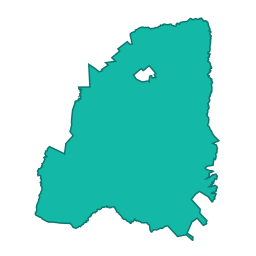 Chegutu, Mashonaland West, Zimbabwe, rotated 91°
{"feature_id": "62879985B20095614329171", "entity_name": "Chegutu", "entity_type": "district", "adm_level": 2, "iso_a3": "ZWE", "parent_name": "Zimbabwe", "parent_adm1": "Mashonaland West", "projection": "albers", "projection_center": [30.348, -18.189], "detail": "fine", "context": "isolated", "style": "filled", "palette": "teal", "viewbox_px": 256, "rotation_deg": 91, "n_neighbors": 0, "source": "geoboundaries", "source_scale": "gbopen_adm2", "svg_char_len": 5719}
<svg xmlns="http://www.w3.org/2000/svg" viewBox="0 0 256 256"><g transform="rotate(91 128 128)"><path d="M200.4,42.8L200.0,41.9L198.5,41.6L197.5,40.0L196.2,40.1L195.8,40.7L195.2,39.8L192.3,38.8L191.7,41.2L192.2,42.8L192.0,44.1L191.7,42.9L190.6,41.4L190.5,39.8L190.0,39.0L187.8,38.4L187.4,38.7L186.2,37.8L185.2,37.9L183.9,39.8L183.9,40.7L185.2,44.1L185.3,45.6L184.1,44.0L183.4,44.1L183.1,43.1L182.2,42.2L181.5,43.2L180.7,42.5L181.1,41.4L180.2,41.5L179.2,40.7L177.4,40.4L177.2,40.0L177.6,38.6L176.4,38.2L175.7,38.4L174.7,37.8L172.7,39.2L172.6,40.1L173.2,41.0L173.3,42.7L175.7,45.3L177.2,47.9L177.3,48.8L176.3,47.4L174.8,46.0L172.8,45.9L172.1,46.3L171.4,45.8L170.3,42.5L169.8,42.0L169.3,43.0L169.1,45.8L168.1,48.7L167.2,50.0L166.5,50.1L164.7,48.0L163.8,42.3L157.2,41.6L158.0,40.1L157.1,39.7L154.7,39.4L152.2,40.0L151.8,39.3L150.5,38.5L148.8,38.8L147.8,38.7L147.2,38.2L143.6,39.3L141.8,43.1L139.2,36.9L135.0,41.3L132.4,43.3L129.3,44.8L128.1,45.8L125.6,46.7L123.8,48.5L121.1,47.6L117.7,47.3L116.2,47.7L114.2,49.4L113.0,48.9L112.6,49.5L111.3,48.6L110.4,48.4L108.8,48.8L107.7,47.8L106.1,47.2L105.6,47.4L105.2,48.2L103.8,47.7L102.5,48.7L99.7,46.9L98.2,46.9L96.4,47.5L95.8,47.3L95.4,46.6L93.7,46.3L93.2,46.5L92.0,45.6L90.3,45.5L90.3,44.9L86.1,44.8L82.6,45.5L81.8,44.6L80.8,44.3L79.7,44.8L79.3,45.5L78.6,45.1L77.6,45.1L77.4,45.9L76.0,47.4L75.3,47.7L75.2,48.3L74.3,47.9L74.0,48.9L73.1,49.5L72.7,49.2L72.0,48.1L71.1,48.1L70.5,46.7L69.3,46.3L69.3,46.8L67.6,47.2L66.9,45.5L66.5,45.4L66.1,46.1L65.0,46.0L62.9,46.9L62.1,46.8L60.5,48.0L60.5,48.9L59.7,49.4L58.5,48.6L56.0,49.2L55.6,48.6L55.5,47.8L54.0,48.1L53.2,47.3L52.4,47.4L52.1,47.9L52.4,49.0L51.5,48.9L51.1,49.4L49.7,47.5L47.1,47.3L46.5,47.7L45.9,47.4L45.0,47.6L42.0,46.9L41.0,47.1L39.3,46.9L38.1,47.2L37.3,46.5L35.7,47.1L34.7,46.3L33.6,47.4L32.4,48.0L31.6,47.7L31.1,46.9L30.3,46.8L29.5,47.5L29.4,48.6L28.5,47.8L27.7,47.8L23.9,49.4L21.4,49.9L19.9,51.2L19.9,51.9L19.5,52.1L19.4,52.7L19.9,53.6L19.6,54.8L18.4,55.0L17.8,56.0L17.1,56.1L16.9,56.5L17.2,58.1L17.6,57.9L18.0,58.4L18.1,60.6L17.4,62.1L18.6,65.1L18.5,65.6L17.7,66.4L17.4,67.7L20.3,70.5L21.4,77.0L21.8,77.7L23.4,78.4L22.6,79.5L22.5,80.7L23.4,81.6L23.8,81.0L24.9,81.7L25.5,82.6L24.8,85.0L24.1,86.5L23.5,86.6L23.3,86.9L24.1,90.1L23.9,91.9L23.4,93.6L24.0,94.8L24.6,94.8L24.5,95.3L24.9,95.9L24.5,97.1L25.6,97.6L25.7,98.6L27.2,100.6L27.1,102.1L28.1,104.5L28.1,106.3L28.5,107.2L27.1,109.1L27.0,110.3L27.3,110.8L27.0,112.2L27.4,113.5L26.9,114.7L27.0,116.6L27.7,117.7L27.8,118.4L29.2,120.5L29.9,122.2L31.4,122.7L32.5,125.6L33.5,127.2L35.0,127.4L43.9,125.2L44.4,127.5L41.7,130.2L49.1,139.5L51.2,137.6L58.0,145.4L61.5,141.6L63.1,151.5L65.5,148.9L70.0,155.4L71.3,154.9L72.3,158.0L68.8,162.4L65.1,168.3L87.7,166.8L88.0,178.1L89.7,177.6L89.1,176.6L89.7,176.4L90.5,175.3L90.7,175.7L90.4,176.4L90.7,176.7L91.1,176.4L91.8,176.6L92.2,175.9L93.0,175.6L93.5,175.7L94.5,176.8L94.9,176.7L94.5,176.2L95.7,176.6L96.0,176.2L96.8,176.9L96.6,175.9L98.0,175.7L99.3,176.5L99.9,176.0L100.0,176.6L99.6,176.6L99.3,177.5L100.0,177.5L100.3,178.3L100.6,178.3L100.7,177.8L101.6,178.0L101.8,180.3L102.3,181.2L102.8,181.4L102.9,181.0L111.0,183.7L121.5,184.6L126.4,184.4L132.5,185.9L136.6,182.7L144.6,189.8L154.9,191.0L148.0,206.2L150.2,208.2L152.1,208.4L152.6,210.0L153.9,210.0L155.0,210.7L156.8,209.8L158.0,208.6L158.3,209.1L158.3,210.8L159.2,211.7L159.9,210.8L160.6,210.7L163.1,211.5L165.3,212.9L165.3,213.3L166.3,213.0L167.7,213.8L168.3,213.0L170.2,215.4L170.4,216.6L171.6,216.9L172.4,217.7L173.0,217.7L173.7,217.0L175.9,217.4L176.5,217.3L176.7,216.7L177.1,216.8L176.8,215.9L177.6,214.1L179.7,214.6L180.2,214.3L180.5,213.6L181.0,213.9L182.2,213.6L183.0,213.9L183.9,214.8L184.6,214.3L184.6,213.6L185.0,213.5L186.1,214.2L187.0,214.3L187.4,213.6L189.1,212.9L191.4,213.0L193.7,214.0L194.7,214.1L195.8,215.1L197.3,215.8L198.3,215.1L199.0,215.2L201.2,216.1L201.9,216.0L204.5,216.8L205.6,217.5L208.8,218.2L210.7,217.8L212.9,218.0L214.1,219.0L216.1,219.1L216.5,218.8L218.8,214.3L219.1,213.1L220.4,212.1L223.1,206.9L223.5,205.2L223.3,201.9L224.2,194.0L224.5,183.8L225.3,183.4L226.5,182.1L228.0,181.4L228.7,180.2L228.6,179.1L229.2,178.1L228.4,177.1L228.3,176.3L227.0,175.1L227.5,174.0L225.7,172.3L225.0,170.9L223.6,170.7L223.6,169.7L223.1,168.9L222.9,167.9L221.6,168.2L221.6,166.6L220.5,166.0L218.8,166.4L217.3,164.7L217.3,163.8L215.9,163.7L215.9,163.1L214.3,162.6L213.8,161.6L213.2,161.4L213.0,160.5L213.3,159.4L212.5,159.2L212.1,157.8L211.0,157.3L210.0,157.3L209.9,154.5L209.0,153.3L207.6,152.6L207.7,150.6L206.8,148.7L207.2,148.5L207.6,147.5L206.8,147.4L207.4,145.9L208.1,145.3L207.8,143.3L207.2,142.5L207.2,141.0L207.4,139.9L208.0,139.9L210.6,138.3L212.0,137.9L213.0,135.9L214.4,135.1L215.0,134.2L216.5,132.8L218.2,132.1L219.4,130.5L219.2,129.7L219.5,129.1L219.6,128.5L220.7,127.7L222.0,125.1L223.2,124.0L223.2,123.5L222.7,122.8L221.7,123.1L221.5,122.9L221.5,121.2L220.3,120.3L219.4,120.1L218.9,119.5L220.1,119.1L220.8,118.0L220.3,117.5L220.6,116.4L221.2,115.6L221.3,114.4L222.5,112.5L222.4,107.3L222.8,107.0L223.3,107.0L224.5,105.2L225.7,104.5L229.3,104.3L230.1,103.7L230.9,103.6L231.6,102.7L231.4,102.2L230.0,101.5L229.9,100.9L229.3,100.3L229.4,97.7L227.6,93.8L227.9,92.1L225.6,89.2L225.1,86.6L235.6,76.5L233.7,68.0L239.1,61.5L239.0,61.3L235.9,61.2L232.0,67.1L220.1,62.2L220.2,61.5L216.9,57.4L224.1,50.9L222.3,47.7L220.8,48.4L219.3,47.4L212.0,54.7L207.9,54.4L198.3,63.4L192.9,59.2L190.1,55.4L195.4,46.4L200.4,42.8ZM76.7,100.9L77.2,101.3L77.2,103.0L77.5,104.6L75.4,105.4L75.4,106.5L76.0,107.1L77.0,107.4L78.1,107.3L79.6,107.8L81.2,107.6L80.7,108.3L80.8,110.1L81.7,113.6L81.6,114.9L79.2,120.4L75.1,123.4L71.0,118.9L68.4,115.7L70.3,113.9L70.3,113.6L65.3,107.9L72.8,101.2L73.9,102.6L75.2,102.3L76.7,100.9Z" fill="#14b8a6" stroke="#0f766e" stroke-width="1.5"/></g></svg>